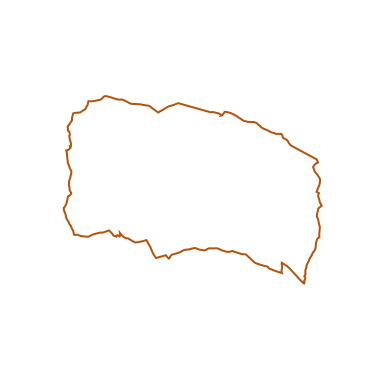 Iacobeni, Suceava, Romania (Natural Earth projection), rotated 208°
{"feature_id": "2599482B55221008009408", "entity_name": "Iacobeni", "entity_type": "district", "adm_level": 2, "iso_a3": "ROU", "parent_name": "Romania", "parent_adm1": "Suceava", "projection": "natural_earth1", "projection_center": [25.302, 47.433], "detail": "fine", "context": "isolated", "style": "outline", "palette": "amber", "viewbox_px": 384, "rotation_deg": 208, "n_neighbors": 0, "source": "geoboundaries", "source_scale": "gbopen_adm2", "svg_char_len": 5233}
<svg xmlns="http://www.w3.org/2000/svg" viewBox="0 0 384 384"><g transform="rotate(208 192 192)"><path d="M94.6,277.2L94.8,277.4L95.9,278.2L97.2,279.3L111.8,279.4L126.5,279.5L129.6,280.7L130.4,281.4L131.1,281.7L131.8,282.3L132.7,282.4L134.6,282.6L136.3,282.5L136.8,282.5L137.8,283.2L138.9,284.6L140.5,285.2L145.5,282.6L146.6,282.7L150.1,281.9L151.8,281.9L153.2,281.9L159.4,281.5L161.6,281.7L163.6,282.5L164.3,282.4L167.3,283.2L170.3,282.8L171.5,282.2L175.5,280.2L179.9,279.1L189.9,280.1L192.2,280.0L194.7,279.9L199.1,278.9L200.8,278.1L200.7,277.8L201.3,274.1L202.2,273.1L202.4,272.9L202.4,273.6L203.7,273.9L205.2,273.9L207.3,273.4L208.4,273.1L210.5,272.6L211.6,272.0L213.1,271.1L245.8,264.0L249.3,260.0L252.7,256.8L259.2,246.3L270.5,247.9L272.2,247.3L275.9,246.0L277.4,245.6L279.2,245.0L287.3,241.2L295.6,241.1L297.5,240.7L299.3,239.5L301.9,238.6L302.9,238.4L308.1,237.5L309.9,237.1L311.0,236.8L311.8,236.6L312.6,236.4L313.4,236.1L314.3,235.3L314.9,234.2L314.9,233.8L315.6,231.7L316.2,230.4L321.4,226.2L322.4,225.4L326.1,223.5L325.7,222.2L325.1,220.0L325.1,218.0L325.1,215.2L328.0,209.9L329.9,208.5L332.4,207.0L333.8,205.6L333.3,203.3L332.8,201.4L332.4,200.5L331.7,199.3L331.6,198.7L331.8,197.7L331.8,197.2L331.9,196.6L331.9,195.4L331.9,194.8L331.9,194.1L332.4,193.0L332.4,192.3L332.5,191.7L332.2,190.8L331.6,190.1L331.1,189.3L330.3,188.0L330.0,187.8L329.7,187.8L329.4,187.8L328.9,187.8L328.6,187.7L328.0,186.8L327.2,185.9L326.7,185.1L326.7,184.9L326.7,184.5L326.7,183.8L325.3,182.1L325.1,181.7L321.9,178.3L320.5,175.9L321.3,175.2L320.5,174.5L320.0,174.0L320.4,173.2L320.5,172.4L320.8,171.4L321.8,170.5L322.6,169.6L321.7,168.9L320.7,167.4L320.3,166.8L318.0,163.4L317.3,162.3L316.5,161.4L315.6,159.8L315.1,159.2L311.9,156.6L310.9,155.6L309.2,154.4L308.6,154.0L308.2,153.5L307.9,153.1L307.2,151.3L306.9,149.5L306.1,147.4L306.0,146.7L305.8,144.6L305.6,143.8L304.8,142.0L304.7,141.9L304.2,140.5L303.2,139.6L302.7,139.1L301.8,137.5L301.3,136.6L300.3,135.8L299.2,135.0L298.7,134.7L298.0,134.2L298.0,132.7L298.4,131.3L299.4,129.8L299.1,128.8L298.8,127.7L298.2,125.9L297.5,122.8L297.4,122.0L297.3,120.3L297.5,118.6L297.8,117.7L297.3,116.9L296.9,116.2L296.5,116.0L295.5,114.8L294.9,114.2L294.7,114.3L292.6,112.3L292.0,111.6L291.9,111.5L291.6,110.9L291.1,110.4L289.8,109.2L288.4,108.4L287.3,107.9L286.4,107.2L285.7,106.6L284.9,106.0L284.5,105.9L283.5,105.4L283.0,105.1L282.0,104.3L281.8,104.1L281.6,103.9L281.2,103.6L280.6,103.2L280.4,103.0L279.2,102.4L278.6,102.1L278.5,101.9L278.4,101.7L278.3,101.3L277.8,100.8L276.6,99.5L275.9,98.8L275.5,99.0L275.4,99.1L275.1,99.3L274.7,99.7L274.4,99.9L273.8,100.1L273.3,100.4L272.7,100.6L271.5,100.6L270.2,101.0L269.0,101.1L267.6,101.7L266.2,102.2L264.3,103.0L262.2,104.1L261.5,105.2L260.1,107.3L258.3,109.2L255.9,111.4L255.1,112.1L254.2,112.9L253.1,113.5L251.7,114.3L249.1,117.0L247.2,119.1L246.9,119.1L245.2,118.5L242.3,117.5L241.0,116.7L240.7,116.6L240.0,116.8L239.2,117.1L238.6,117.0L237.8,117.0L237.6,118.8L235.1,118.9L235.1,119.7L235.4,120.5L236.4,122.0L234.9,121.3L231.5,120.2L230.1,120.1L228.8,120.1L228.0,120.4L226.9,121.0L226.1,121.0L224.9,120.9L223.6,120.8L218.6,120.7L216.1,122.3L214.1,124.0L212.2,125.6L209.7,128.1L206.5,126.1L203.3,124.1L200.5,121.8L197.7,119.5L192.8,116.8L185.3,123.9L184.5,123.5L182.7,122.7L181.1,122.4L180.8,124.2L180.9,125.5L180.6,126.4L180.2,127.3L179.3,128.1L178.1,129.3L177.1,130.2L175.9,131.5L174.6,132.9L173.8,133.7L173.1,135.2L172.1,136.7L171.0,137.7L170.1,138.3L169.2,138.9L168.3,139.6L167.4,140.1L167.0,140.4L166.0,141.6L164.7,142.7L163.0,144.0L162.2,144.2L160.7,144.3L159.1,144.5L157.1,145.0L155.7,145.5L153.9,146.2L153.0,146.9L152.3,147.7L151.5,149.1L150.7,150.1L149.1,151.0L147.3,151.9L144.9,153.3L143.1,154.2L142.0,154.3L139.8,154.5L138.4,154.4L137.3,154.7L135.7,155.0L134.4,155.2L133.8,155.4L132.2,156.0L130.8,156.8L130.2,157.4L129.6,158.0L128.8,158.8L128.1,159.0L127.4,159.1L126.2,159.1L125.0,159.4L122.4,159.9L120.5,160.2L117.9,160.9L116.4,161.7L115.1,162.1L113.6,161.8L111.8,161.3L109.2,160.6L104.7,159.4L102.6,159.1L100.9,159.3L98.4,159.7L95.2,160.3L91.6,161.2L90.4,161.6L89.6,161.4L88.8,160.9L87.5,160.6L86.6,160.7L84.3,161.1L82.8,161.3L80.9,161.5L78.4,161.9L74.5,162.6L75.1,163.2L76.0,164.4L76.9,167.4L77.7,169.2L78.9,170.3L79.5,171.6L76.7,171.5L73.4,171.2L71.0,170.6L68.1,169.7L61.4,167.4L55.5,165.2L50.6,163.8L50.2,163.8L50.3,164.4L50.3,165.2L50.7,165.4L51.1,165.7L51.2,166.0L51.1,167.1L51.2,168.0L51.3,168.6L51.6,169.2L51.8,169.5L52.4,170.0L53.0,170.1L53.3,170.5L53.3,171.2L53.1,172.0L53.1,172.7L53.4,173.2L53.9,173.7L54.6,175.0L55.3,176.6L55.4,177.6L55.4,178.9L55.7,179.1L56.3,180.5L56.4,181.3L56.5,183.5L56.6,184.3L56.5,185.4L56.5,186.2L56.7,187.2L56.8,188.0L56.7,189.2L56.7,190.5L56.6,192.7L56.8,194.5L56.7,195.6L56.5,196.6L56.3,199.6L56.5,200.1L57.3,202.3L58.0,203.9L58.7,205.6L59.2,208.4L59.3,209.5L59.2,210.5L58.7,211.0L58.3,212.0L59.8,214.3L59.9,214.7L62.5,220.7L62.8,221.4L63.3,221.8L65.5,224.1L67.9,227.3L69.1,228.1L69.6,228.4L70.7,229.8L71.4,231.7L72.0,234.2L72.7,236.8L71.1,240.8L73.0,242.0L74.6,243.3L75.6,244.6L78.5,247.3L79.3,249.7L79.5,250.6L82.1,250.7L82.9,258.4L84.2,262.1L85.2,263.6L88.2,265.5L93.2,267.7L96.8,270.9L96.6,273.2L96.2,274.4L95.9,275.5L94.8,276.9L94.6,277.2Z" fill="none" stroke="#b45309" stroke-width="2"/></g></svg>